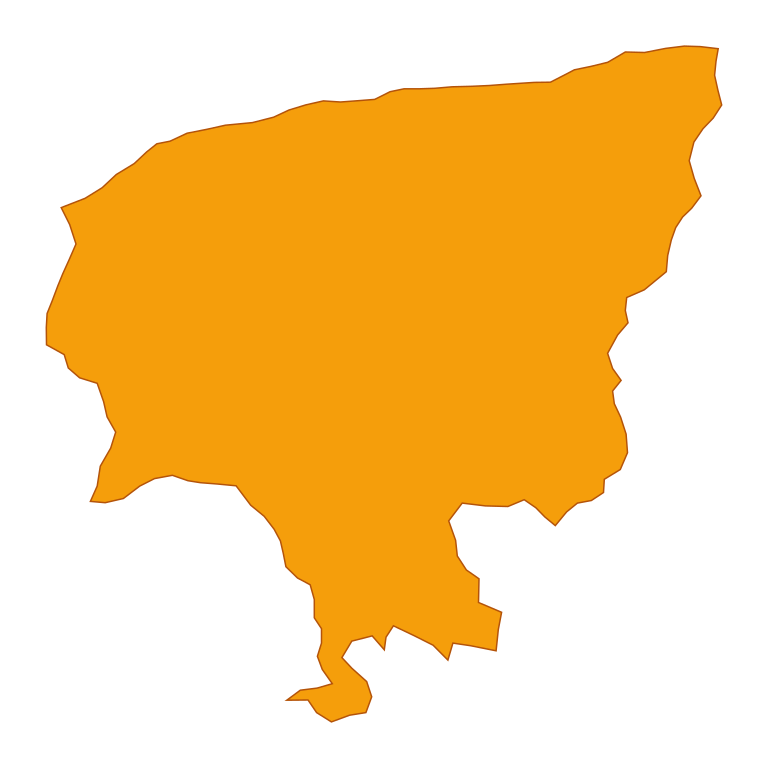 Moeda, Minas Gerais, Brazil, rotated 270°
{"feature_id": "56859067B15311257315024", "entity_name": "Moeda", "entity_type": "district", "adm_level": 2, "iso_a3": "BRA", "parent_name": "Brazil", "parent_adm1": "Minas Gerais", "projection": "albers", "projection_center": [-44.004, -20.33], "detail": "fine", "context": "isolated", "style": "filled", "palette": "amber", "viewbox_px": 768, "rotation_deg": 270, "n_neighbors": 0, "source": "geoboundaries", "source_scale": "gbopen_adm2", "svg_char_len": 2037}
<svg xmlns="http://www.w3.org/2000/svg" viewBox="0 0 768 768"><g transform="rotate(270 384 384)"><path d="M719.3,718.2L721.4,700.3L721.9,684.3L719.6,665.6L715.5,644.6L716.0,625.3L705.7,607.7L701.6,590.9L698.2,574.4L692.3,563.1L685.8,550.4L685.6,534.4L683.8,506.6L682.5,489.5L681.7,471.9L681.2,452.1L679.7,434.7L679.2,419.6L679.2,404.1L676.3,390.1L668.6,374.7L667.3,358.1L666.0,340.5L667.1,323.4L663.2,306.1L658.0,289.0L650.8,273.6L645.4,252.4L642.8,225.4L638.7,206.9L634.8,187.1L626.8,170.0L624.2,156.8L616.2,146.8L604.4,134.2L593.5,116.3L580.3,102.2L569.7,85.1L560.4,61.2L543.4,69.7L524.0,76.0L508.2,69.1L494.3,62.8L482.1,57.8L466.9,52.1L454.5,47.1L440.5,46.3L423.2,46.5L413.4,64.2L400.0,68.3L390.2,79.6L384.7,97.2L366.4,103.6L351.1,107.1L335.9,115.7L319.9,110.7L301.8,100.3L281.9,97.2L266.6,90.4L265.3,105.2L269.5,123.4L281.9,139.7L289.4,154.5L292.7,172.4L287.3,187.9L285.3,200.5L284.0,217.3L282.2,236.1L262.8,250.7L251.7,264.2L238.8,274.1L227.1,280.4L215.0,283.2L201.3,285.9L190.0,297.5L183.2,310.2L168.5,314.3L150.2,314.3L139.3,321.5L124.9,321.5L111.7,317.4L98.5,322.3L84.3,332.3L79.9,317.1L77.8,300.3L67.8,286.8L68.0,308.0L55.4,316.6L46.1,331.4L52.8,349.6L55.4,365.9L71.2,371.7L86.4,366.7L99.8,351.8L110.4,341.9L126.9,351.8L132.1,372.2L118.2,384.3L130.8,386.0L142.2,393.4L132.4,414.0L122.8,433.1L107.9,447.9L124.9,452.9L122.3,470.5L117.2,496.1L138.4,498.3L155.7,501.6L165.5,478.5L189.2,479.0L198.0,466.4L212.0,457.3L227.7,455.6L247.1,448.7L264.9,462.2L262.1,485.4L261.5,507.9L268.3,524.2L260.3,535.8L251.0,544.9L242.4,555.3L256.1,566.6L264.9,577.4L267.5,591.4L275.5,603.5L288.7,604.3L298.5,620.3L315.3,627.5L333.9,626.1L350.9,620.6L364.3,614.3L377.0,612.6L387.6,621.1L399.5,612.6L414.7,607.6L433.0,617.6L445.2,628.0L457.5,625.3L470.5,626.7L478.2,644.3L487.0,655.0L496.3,666.3L512.5,667.7L528.0,671.3L540.4,675.7L551.0,682.6L559.8,691.7L572.2,701.0L589.7,694.2L607.3,689.2L625.9,693.9L639.3,703.0L649.9,713.2L663.0,721.7L677.8,717.9L692.7,714.6L706.7,716.0L719.3,718.2Z" fill="#f59e0b" stroke="#b45309" stroke-width="1.5"/></g></svg>